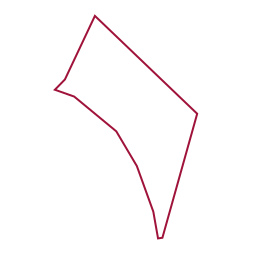 SVG path tracing the border of San Fernando, rotated 299°
{"feature_id": "TTO-62", "entity_name": "San Fernando", "entity_type": "City", "adm_level": 1, "iso_a3": "TTO", "parent_name": "Trinidad and Tobago", "parent_adm1": "", "projection": "albers", "projection_center": [-61.466, 10.279], "detail": "fine", "context": "isolated", "style": "outline", "palette": "rose", "viewbox_px": 256, "rotation_deg": 299, "n_neighbors": 0, "source": "natural_earth", "source_scale": "10m", "svg_char_len": 289}
<svg xmlns="http://www.w3.org/2000/svg" viewBox="0 0 256 256"><g transform="rotate(299 128 128)"><path d="M46.0,207.8L67.1,190.7L99.0,154.2L119.4,119.4L129.4,65.7L126.0,45.5L139.9,49.3L210.0,44.7L174.0,181.6L48.7,211.3L46.0,207.8Z" fill="none" stroke="#9f1239" stroke-width="2"/></g></svg>